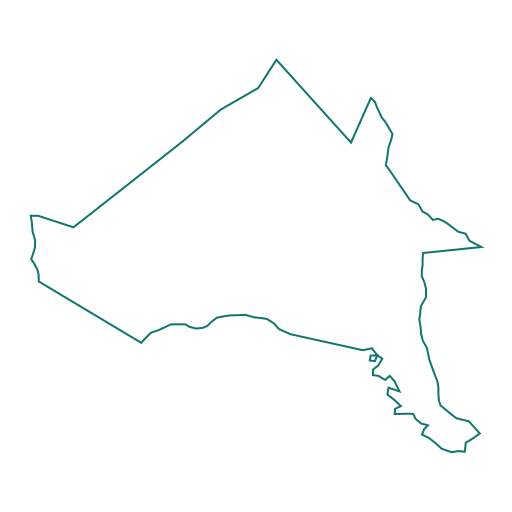 outline of Porto Calvo, Alagoas, Brazil
{"feature_id": "56859067B31730323010401", "entity_name": "Porto Calvo", "entity_type": "district", "adm_level": 2, "iso_a3": "BRA", "parent_name": "Brazil", "parent_adm1": "Alagoas", "projection": "mercator", "projection_center": [-35.39, -9.034], "detail": "fine", "context": "isolated", "style": "outline", "palette": "teal", "viewbox_px": 512, "rotation_deg": 0, "n_neighbors": 0, "source": "geoboundaries", "source_scale": "gbopen_adm2", "svg_char_len": 1695}
<svg xmlns="http://www.w3.org/2000/svg" viewBox="0 0 512 512"><path d="M220.8,109.5L183.5,140.7L90.2,214.2L73.4,227.3L38.2,215.8L30.7,215.8L31.8,221.9L32.6,231.8L35.1,240.1L35.0,247.4L33.6,252.2L31.2,259.2L34.2,263.6L37.4,269.6L38.6,274.5L38.8,281.5L141.2,342.8L145.8,337.8L151.1,332.6L158.6,330.1L164.5,327.4L170.8,324.4L178.4,324.3L185.2,324.3L189.6,326.9L196.1,328.5L202.6,327.9L207.3,326.0L211.0,322.2L217.0,317.6L224.0,316.3L230.2,315.4L237.4,315.2L245.4,314.9L254.2,317.3L260.1,317.9L266.8,318.9L274.0,323.4L278.9,329.0L290.4,334.2L362.8,350.2L371.9,348.3L377.3,355.3L382.3,358.8L378.0,365.7L373.0,369.5L373.0,375.1L378.6,375.9L385.0,379.9L389.8,375.9L394.6,381.4L399.5,391.4L388.5,387.7L387.4,394.6L394.2,399.8L400.9,406.1L395.1,408.8L394.7,414.0L400.8,413.9L408.1,413.7L413.1,413.9L415.6,418.9L421.1,423.5L427.9,425.3L424.2,429.1L422.0,434.6L428.8,437.9L435.6,443.2L441.6,448.7L451.4,452.2L458.2,451.1L464.9,451.7L465.7,442.8L472.9,438.4L479.8,433.5L468.9,421.3L456.6,418.3L452.6,415.4L440.6,405.5L438.9,400.4L438.4,394.1L438.4,387.4L437.2,380.6L434.9,375.1L429.5,360.2L426.9,348.0L422.8,340.7L421.1,333.8L420.6,326.8L419.3,319.8L420.2,313.3L420.9,306.1L426.0,297.3L426.0,288.8L424.2,281.7L421.8,276.3L421.8,270.6L422.6,265.4L422.6,259.2L423.1,253.0L481.3,247.0L469.5,240.8L465.6,233.7L458.4,231.8L448.3,224.2L443.4,221.0L438.1,218.8L432.9,219.9L427.9,214.5L422.5,211.5L418.5,204.4L410.2,200.4L389.6,170.3L385.8,165.3L386.9,159.7L388.5,147.6L391.2,139.6L392.5,134.1L385.5,122.2L381.8,117.6L377.2,107.8L374.8,101.7L370.8,98.1L351.0,142.6L276.4,59.8L258.2,88.0L220.8,109.5ZM377.3,355.3L370.6,355.6L369.8,360.5L374.9,361.2L377.3,355.3Z" fill="none" stroke="#0f766e" stroke-width="2"/></svg>